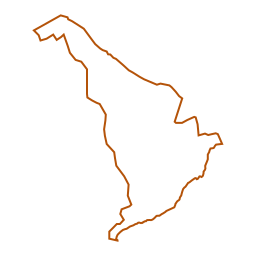 Krowor Municipal, Greater Accra, Ghana
{"feature_id": "2480657B96734395613726", "entity_name": "Krowor Municipal", "entity_type": "district", "adm_level": 2, "iso_a3": "GHA", "parent_name": "Ghana", "parent_adm1": "Greater Accra", "projection": "equal_earth", "projection_center": [-0.085, 5.613], "detail": "fine", "context": "isolated", "style": "outline", "palette": "amber", "viewbox_px": 256, "rotation_deg": 0, "n_neighbors": 0, "source": "geoboundaries", "source_scale": "gbopen_adm2", "svg_char_len": 2095}
<svg xmlns="http://www.w3.org/2000/svg" viewBox="0 0 256 256"><path d="M33.9,30.4L38.7,35.2L40.5,40.5L46.6,38.7L53.2,34.6L56.7,39.9L61.1,37.0L63.7,34.6L67.7,45.8L69.9,52.8L75.6,59.9L81.3,61.7L87.0,69.3L87.0,75.2L87.0,81.1L87.0,94.0L87.4,97.5L92.2,100.5L96.6,102.8L99.7,104.0L105.8,114.6L105.4,120.5L104.1,129.3L104.9,135.8L106.7,144.0L114.2,152.2L115.0,158.1L116.3,165.7L124.2,176.3L128.6,184.6L127.8,195.7L131.3,204.6L129.5,206.3L121.6,209.3L120.3,214.0L123.8,219.8L119.9,224.0L116.8,224.0L112.8,228.1L109.3,231.6L109.3,238.7L117.5,240.6L117.5,240.2L117.1,239.9L116.3,240.1L115.9,239.5L116.3,238.5L116.7,236.7L117.7,234.6L120.2,232.1L121.8,230.8L123.0,229.9L125.2,229.1L126.6,228.8L130.0,226.5L133.4,225.3L134.4,224.7L135.2,224.2L137.2,223.6L138.2,222.7L139.3,222.6L141.0,223.1L141.5,222.9L142.5,222.9L143.4,221.9L144.1,221.8L144.6,221.4L145.2,221.2L146.0,221.2L146.6,220.5L147.2,220.1L149.5,220.0L151.1,220.1L152.5,219.6L153.7,218.7L155.0,217.5L156.2,216.2L156.9,215.8L159.5,215.7L161.7,214.1L162.9,213.5L165.4,211.9L166.3,211.0L174.3,207.3L175.3,204.9L175.4,204.0L177.0,201.6L177.7,200.9L178.7,200.3L179.5,199.5L179.9,197.6L180.5,196.5L181.2,195.6L181.7,193.6L182.2,191.8L183.1,189.1L184.3,187.6L185.5,186.7L187.3,184.1L188.1,182.9L189.3,182.4L192.1,180.2L194.8,178.3L195.8,178.1L196.8,179.2L197.7,178.9L199.5,176.4L200.4,176.4L201.5,177.0L202.5,176.3L203.0,175.4L203.5,173.5L203.6,171.6L205.0,169.7L205.4,168.5L205.3,167.6L205.2,165.8L207.1,161.2L207.8,159.3L207.8,154.5L209.2,152.0L209.6,150.4L210.5,148.5L212.8,148.2L213.6,148.0L214.0,147.6L215.0,145.8L216.1,144.6L222.1,143.9L218.8,136.3L217.8,134.1L215.7,133.3L211.6,134.2L208.2,135.0L205.0,133.6L198.6,135.4L197.6,124.3L195.7,117.4L194.2,116.9L187.3,120.0L182.0,122.9L176.0,122.9L174.7,121.7L182.2,98.4L179.1,96.1L175.7,91.7L171.5,87.1L169.4,85.4L160.5,83.6L156.9,84.7L144.1,79.3L139.6,76.8L132.6,72.4L128.8,70.3L123.5,65.4L116.0,58.9L113.4,57.8L110.3,54.5L108.1,54.3L106.7,51.5L102.7,50.1L100.2,48.5L95.2,44.1L91.9,39.7L83.8,28.7L72.1,21.2L68.2,19.3L67.5,17.3L60.7,15.4L33.9,30.4Z" fill="none" stroke="#b45309" stroke-width="2"/></svg>